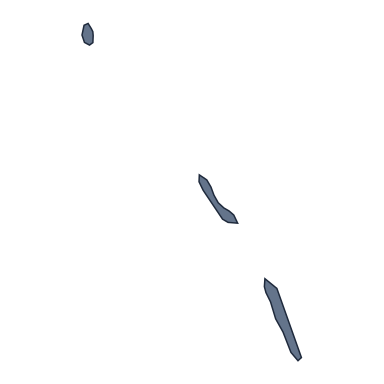 map outline of Black Point (Mercator projection), rotated 4°
{"feature_id": "BHS-5023", "entity_name": "Black Point", "entity_type": "District", "adm_level": 1, "iso_a3": "BHS", "parent_name": "The Bahamas", "parent_adm1": "", "projection": "mercator", "projection_center": [-76.539, 24.263], "detail": "fine", "context": "isolated", "style": "filled", "palette": "slate", "viewbox_px": 384, "rotation_deg": 4, "n_neighbors": 0, "source": "natural_earth", "source_scale": "10m", "svg_char_len": 571}
<svg xmlns="http://www.w3.org/2000/svg" viewBox="0 0 384 384"><g transform="rotate(4 192 192)"><path d="M309.5,352.9L301.9,345.1L292.6,325.4L284.3,312.7L278.0,296.1L272.8,287.2L270.8,281.4L270.8,273.4L283.4,282.3L312.7,349.5L309.5,352.9ZM239.7,219.9L230.1,219.8L224.4,217.0L203.0,189.5L198.3,181.3L198.1,174.4L205.9,178.9L210.6,185.8L214.1,193.6L218.9,200.9L224.9,205.7L230.4,208.4L235.3,212.1L239.7,219.9ZM81.9,39.0L82.5,42.9L82.7,49.9L79.5,52.6L74.3,50.3L71.3,43.1L72.7,33.2L76.6,31.1L80.2,36.1L81.9,39.0Z" fill="#64748b" stroke="#1e293b" stroke-width="1.5"/></g></svg>